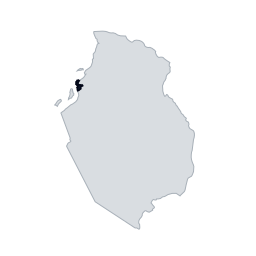 United Republic of Tanzania, with Dar-Es-Salaam highlighted, rotated 214°
{"feature_id": "TZA-3378", "entity_name": "Dar-Es-Salaam", "entity_type": "Region", "adm_level": 1, "iso_a3": "TZA", "parent_name": "United Republic of Tanzania", "parent_adm1": "", "projection": "orthographic", "projection_center": [39.274, -6.872], "detail": "coarse", "context": "in_parent", "style": "filled", "palette": "ink", "viewbox_px": 256, "rotation_deg": 214, "n_neighbors": 0, "source": "natural_earth", "source_scale": "10m", "svg_char_len": 4252}
<svg xmlns="http://www.w3.org/2000/svg" viewBox="0 0 256 256"><g transform="rotate(214 128 128)"><path d="M99.6,173.7L97.2,172.5L95.0,171.7L93.2,170.9L92.4,170.1L90.7,169.8L89.3,169.7L87.9,168.9L85.2,168.7L84.9,168.2L84.8,167.0L84.3,166.7L83.3,166.4L82.3,166.5L81.6,166.6L81.2,166.6L80.3,165.9L79.5,165.1L79.1,163.7L77.9,162.8L76.4,162.1L72.4,162.3L71.8,162.1L70.8,161.4L69.7,160.3L68.8,159.0L67.9,157.2L67.1,154.8L62.3,145.3L61.8,143.5L60.8,141.5L59.3,139.1L57.7,137.3L55.6,135.6L53.2,134.0L51.9,132.9L49.3,128.5L48.8,126.4L48.4,124.2L48.5,123.3L50.0,120.4L50.1,119.7L49.9,118.6L49.1,116.4L48.1,113.6L46.1,108.7L45.8,107.5L45.8,106.5L46.9,101.5L46.9,100.8L51.5,100.8L54.8,98.5L57.7,95.1L58.3,93.7L59.4,91.6L60.6,90.5L61.0,89.8L61.7,87.7L63.2,86.2L64.7,85.1L64.4,84.3L64.6,84.0L65.4,83.4L67.0,82.9L67.3,81.8L67.3,80.5L67.1,79.8L67.1,79.0L66.8,78.6L65.8,78.5L64.3,77.9L62.9,77.6L62.1,77.3L61.7,77.0L61.6,76.3L62.3,74.3L61.6,73.6L63.2,70.3L63.5,69.9L64.0,69.9L65.0,69.5L65.8,69.4L66.5,69.5L67.0,69.3L67.5,69.0L67.9,67.9L68.2,66.0L68.0,64.6L67.3,63.4L67.1,61.7L67.4,59.4L67.2,57.4L66.5,55.9L65.7,55.0L64.5,54.6L62.7,52.3L62.1,51.1L62.2,50.4L62.9,50.1L64.0,50.2L65.1,49.9L66.1,49.2L67.1,49.0L67.6,49.1L114.0,48.5L168.5,78.4L168.8,78.8L169.2,81.4L169.1,82.3L168.3,83.8L168.0,84.6L168.0,85.1L168.2,85.3L168.9,85.4L169.5,85.8L169.8,86.0L170.2,87.2L170.8,87.7L191.5,102.6L192.0,102.9L191.7,104.1L190.5,107.2L190.5,108.4L190.0,109.9L189.6,110.9L188.4,115.2L187.4,116.8L186.0,120.5L185.8,123.4L186.6,125.4L186.9,127.3L188.5,129.1L189.7,129.8L190.6,130.6L192.1,132.6L193.0,134.5L195.7,135.4L196.8,137.6L196.4,139.1L195.1,140.3L194.0,142.3L193.0,145.0L193.0,149.0L193.6,148.4L195.1,149.4L195.2,152.3L193.8,155.8L193.3,157.4L193.2,158.8L194.3,162.9L195.9,165.0L195.8,165.6L195.4,166.2L198.2,169.9L197.9,173.1L199.0,175.7L199.4,177.8L200.1,179.5L200.3,180.7L199.4,181.9L201.4,182.3L202.6,183.3L203.2,184.3L204.7,184.3L205.5,184.9L206.6,185.5L209.1,187.2L209.8,188.0L210.2,188.9L203.2,194.1L200.7,195.5L198.9,196.1L197.0,196.5L195.2,197.3L193.5,198.6L191.3,199.3L188.6,199.3L185.8,200.2L181.4,202.9L178.8,201.4L176.7,201.0L174.4,201.0L173.0,201.2L172.5,201.5L172.1,202.5L171.7,204.0L170.2,205.5L167.5,206.9L165.0,207.4L162.8,207.1L161.3,206.5L160.5,205.7L159.3,205.3L157.7,205.4L156.3,206.0L154.9,207.1L152.6,207.5L149.5,207.4L147.8,206.9L147.6,206.0L146.2,204.9L143.7,203.7L141.9,203.7L140.7,204.9L139.6,205.6L138.7,206.0L137.8,206.0L136.5,205.7L133.1,205.6L129.9,205.7L129.5,204.0L128.8,202.9L128.2,202.3L127.1,202.2L126.8,201.7L126.4,200.6L125.8,199.8L125.1,199.0L124.6,198.3L124.5,197.7L124.6,197.0L125.2,195.2L125.4,194.0L125.3,192.8L124.9,191.6L124.1,190.1L124.2,189.6L123.9,188.6L123.9,187.9L124.0,187.0L123.9,185.8L123.2,183.4L123.2,182.7L122.4,181.5L120.2,178.7L120.1,178.3L116.7,175.5L115.3,174.8L114.8,175.4L114.7,175.9L114.8,176.8L114.7,177.3L114.6,177.5L113.8,177.5L113.3,177.4L112.0,176.6L111.0,176.4L108.5,176.6L107.6,176.8L106.9,176.6L105.6,175.3L104.0,175.0L102.7,175.0L100.3,173.5L99.6,173.7ZM196.1,124.9L197.2,128.1L197.1,128.7L196.3,129.1L195.8,129.1L195.3,128.6L195.0,127.5L194.4,127.8L193.4,126.5L192.3,126.4L191.4,124.9L191.8,123.6L191.6,121.3L192.7,120.2L193.3,118.2L194.0,119.5L194.2,121.6L195.1,124.1L196.1,124.9ZM201.6,106.1L201.6,106.8L201.4,107.5L201.5,109.8L201.4,111.3L200.5,113.3L199.8,114.1L199.2,113.8L198.7,113.5L198.3,112.9L199.1,109.1L198.7,106.4L200.3,106.6L201.6,106.1ZM199.2,151.8L198.4,152.0L198.1,151.8L197.6,151.2L198.5,150.7L199.3,149.6L201.2,148.1L202.1,146.9L202.0,148.1L200.9,150.7L200.0,150.8L199.2,151.8Z" fill="#d9dde1" stroke="#a8b0b8" stroke-width="1"/><path d="M190.6,130.7L191.9,131.9L192.4,133.2L192.6,133.4L192.9,133.2L192.9,134.7L193.2,135.0L193.1,134.5L193.3,134.5L194.0,134.8L195.1,135.1L195.6,135.1L196.0,135.8L196.2,136.2L196.9,137.1L196.9,137.4L196.7,137.7L196.8,139.0L196.6,139.0L196.1,139.9L195.8,139.7L195.2,139.9L195.0,139.7L194.8,139.8L194.8,137.7L194.0,136.6L193.3,136.5L192.4,136.5L192.0,137.0L191.6,137.0L191.2,137.5L190.7,137.3L189.9,138.1L189.6,137.8L189.3,137.9L189.1,137.7L189.8,136.4L190.1,136.2L190.3,135.9L190.1,135.3L189.7,135.1L189.5,134.3L189.3,134.1L189.0,134.1L189.0,133.9L189.4,133.3L189.7,131.9L190.0,131.3L190.6,130.7Z" fill="#0f172a" stroke="#020617" stroke-width="1.5"/></g></svg>